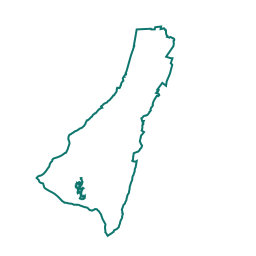 outline of Ciceu, Harghita, Romania, rotated 310°
{"feature_id": "2599482B51103948485004", "entity_name": "Ciceu", "entity_type": "district", "adm_level": 2, "iso_a3": "ROU", "parent_name": "Romania", "parent_adm1": "Harghita", "projection": "robinson", "projection_center": [25.684, 46.388], "detail": "fine", "context": "isolated", "style": "outline", "palette": "teal", "viewbox_px": 256, "rotation_deg": 310, "n_neighbors": 0, "source": "geoboundaries", "source_scale": "gbopen_adm2", "svg_char_len": 5596}
<svg xmlns="http://www.w3.org/2000/svg" viewBox="0 0 256 256"><g transform="rotate(310 128 128)"><path d="M223.9,106.9L224.1,106.9L224.6,107.1L225.3,106.8L225.9,106.1L225.9,105.4L225.7,104.7L225.4,104.5L225.4,103.8L225.0,102.0L224.2,101.6L223.8,101.6L223.5,100.5L222.9,99.4L223.6,99.3L224.0,98.8L223.8,98.4L224.2,97.2L226.1,95.2L227.1,94.4L227.0,94.1L227.4,93.4L227.0,93.1L227.5,91.5L226.2,90.4L226.0,90.5L224.7,89.4L227.0,88.1L222.7,84.1L220.7,85.1L218.5,82.5L218.7,82.3L218.8,81.8L209.1,71.3L194.5,79.8L194.7,80.1L185.3,83.7L170.5,90.4L168.8,90.8L168.3,91.8L167.8,92.0L167.6,91.4L165.7,91.8L165.2,91.7L164.9,92.3L164.6,91.9L164.0,91.8L162.4,92.3L162.0,93.2L161.2,94.1L160.2,93.8L159.8,94.0L159.1,93.9L157.7,94.2L156.5,94.9L156.2,95.2L155.7,95.0L153.8,95.9L153.5,95.7L153.0,95.7L152.0,93.9L151.3,94.0L151.0,94.2L150.9,94.5L149.6,95.0L149.2,95.5L148.6,95.8L147.3,96.0L145.5,96.0L144.6,96.3L144.0,96.3L143.4,95.8L141.4,96.0L139.8,96.0L139.5,95.9L137.9,96.0L135.5,95.4L134.2,95.5L131.7,94.3L130.7,94.0L128.7,93.9L127.5,93.5L127.2,93.5L126.9,95.2L125.4,94.3L124.6,94.2L124.0,93.8L120.8,93.7L119.0,93.8L117.9,93.2L117.6,93.3L115.6,92.7L113.7,93.1L112.4,92.7L111.1,92.7L108.3,92.3L108.0,92.0L107.2,91.9L107.2,91.7L105.4,92.0L104.1,92.6L101.7,93.0L100.9,92.9L98.4,92.5L96.7,91.5L93.7,90.7L92.1,90.0L91.7,89.6L90.1,89.1L89.8,89.2L87.1,88.2L86.6,88.3L85.3,87.5L83.4,87.9L81.3,89.2L79.5,92.2L78.3,93.3L75.4,94.4L73.4,95.3L71.3,95.9L70.4,96.0L69.5,96.4L68.7,96.2L68.4,95.8L67.8,95.6L66.1,95.3L63.9,94.6L60.9,93.2L57.0,90.7L55.7,90.4L55.1,90.4L54.2,91.1L53.3,91.1L52.6,90.9L50.0,91.3L49.3,91.8L47.5,92.5L45.7,92.5L42.0,92.9L38.7,92.8L37.5,92.5L35.5,91.8L34.5,90.9L33.4,90.3L32.1,90.1L31.0,90.1L30.8,92.9L29.9,94.5L29.8,95.9L30.0,96.8L30.6,97.7L30.9,98.7L29.0,101.5L28.6,102.4L28.5,103.6L29.1,107.6L30.1,112.1L30.4,114.5L30.4,118.4L29.8,124.5L29.7,124.6L30.1,126.9L29.9,127.3L31.4,129.3L31.8,130.6L33.7,133.4L34.1,134.3L34.4,135.8L35.7,137.3L36.2,138.2L36.7,138.5L37.4,139.7L38.0,141.6L39.2,144.8L39.6,145.9L40.2,146.7L40.7,148.0L40.8,149.1L40.5,151.1L40.6,151.6L41.0,152.1L41.4,153.4L43.5,154.5L44.7,154.8L45.7,156.3L45.7,156.7L45.4,157.6L45.6,158.8L44.5,162.7L41.9,167.1L39.8,172.5L38.9,173.3L37.9,173.6L36.5,174.8L34.2,177.3L33.6,177.6L33.1,179.7L32.5,181.0L32.4,181.8L33.1,181.8L34.2,182.3L37.5,183.3L38.4,183.4L39.0,183.7L40.6,183.1L43.3,184.3L45.9,184.7L48.4,183.6L49.5,183.3L50.5,182.7L51.8,182.1L55.7,181.1L56.0,180.9L56.6,180.2L58.5,179.5L59.2,179.0L59.2,178.3L59.4,178.3L61.2,176.3L61.4,175.8L66.3,174.0L67.9,174.2L70.1,173.4L71.2,173.3L72.1,172.9L73.5,172.0L74.8,171.6L75.7,170.9L76.3,170.7L78.9,170.4L79.6,169.9L82.8,168.1L83.7,167.4L84.6,166.8L85.7,166.6L86.4,166.1L88.7,165.2L90.5,164.8L93.4,162.9L94.4,162.5L95.5,162.4L97.5,161.5L98.7,161.2L101.3,159.4L102.8,159.1L108.3,155.9L107.8,155.7L107.4,155.8L106.1,154.0L106.0,153.6L105.5,152.6L105.6,152.3L106.8,152.1L107.8,151.6L109.3,150.4L109.9,150.2L112.0,148.8L112.4,148.6L116.8,151.1L118.9,151.0L119.7,150.7L120.5,150.9L121.9,150.8L123.6,150.1L123.9,148.7L124.3,147.6L124.8,147.2L125.2,145.8L125.7,145.4L129.1,143.8L129.1,143.6L129.3,143.5L131.0,142.8L131.7,143.0L135.2,142.9L134.8,140.1L135.4,140.0L137.7,138.7L139.0,137.4L141.0,137.2L141.5,136.4L141.0,136.3L141.4,136.0L142.3,136.0L143.5,135.6L143.0,135.1L143.0,134.6L142.5,134.3L144.0,132.0L145.2,132.4L146.9,132.3L148.0,132.8L148.6,133.4L149.4,133.7L149.5,134.1L150.6,134.5L153.2,134.4L153.7,134.3L154.2,134.0L154.8,134.1L155.0,134.3L155.8,134.2L156.3,134.1L156.5,133.5L157.1,133.1L158.7,132.6L159.6,132.8L161.5,132.5L161.7,131.9L163.0,131.1L165.3,130.3L168.5,129.7L171.0,129.4L171.3,129.5L171.7,130.2L171.7,130.6L173.1,130.9L173.7,130.1L173.8,129.7L173.5,128.5L172.9,127.0L175.1,127.0L175.3,127.5L176.7,127.1L176.3,126.5L176.1,125.8L184.6,125.3L184.8,130.0L188.5,127.7L196.3,125.3L204.2,121.6L205.0,121.1L205.0,119.2L210.0,117.2L209.5,116.6L208.5,114.9L207.1,111.4L219.8,110.2L221.8,109.1L223.9,106.9ZM57.5,127.8L54.7,129.0L54.0,128.9L54.0,128.7L53.7,128.8L53.8,128.6L54.1,128.6L54.0,127.9L53.2,127.7L53.2,128.4L53.5,128.5L53.2,128.5L53.2,128.8L53.1,127.7L52.9,127.7L52.9,128.3L51.8,128.9L51.3,128.5L50.9,129.0L50.2,130.3L50.6,130.4L51.0,130.9L51.3,131.6L51.6,131.3L52.0,131.6L52.5,131.7L52.0,132.2L53.1,132.6L54.0,133.2L52.0,132.3L51.8,132.3L51.9,132.2L51.1,131.8L51.0,132.0L51.4,132.2L50.6,133.0L50.3,132.7L49.9,132.8L49.6,132.6L48.2,132.8L48.3,133.2L47.9,133.1L48.0,133.6L48.3,133.6L48.2,133.9L47.4,133.9L47.1,135.2L45.9,136.4L46.0,137.0L46.3,137.4L47.5,137.6L47.5,138.6L48.2,138.6L47.6,139.2L46.4,139.9L45.8,139.8L45.7,139.7L45.5,139.2L44.9,139.0L44.6,139.2L43.5,138.0L43.4,136.9L43.1,136.7L43.1,136.3L45.6,135.8L46.3,134.7L47.2,134.6L47.3,133.1L47.7,132.4L46.6,131.7L45.7,131.5L45.8,131.3L46.1,130.9L46.6,131.1L46.8,130.9L47.2,131.0L47.2,130.9L47.4,130.9L47.1,130.3L47.4,130.2L47.5,130.3L47.4,130.2L47.7,130.0L48.0,129.9L48.1,130.0L48.2,129.9L48.5,129.2L49.2,128.3L49.4,127.7L49.6,127.6L49.3,127.4L49.4,127.0L49.8,126.8L49.8,126.1L49.5,126.3L49.2,126.2L49.4,125.7L49.9,125.4L49.9,125.2L50.0,125.4L50.5,124.8L51.0,125.0L50.9,125.3L51.8,125.0L51.9,124.9L51.5,124.8L52.2,124.7L52.3,124.4L52.5,124.5L53.0,124.2L53.0,124.4L53.3,124.5L53.3,124.9L53.7,125.0L54.1,125.8L56.1,125.0L55.1,125.5L54.8,125.7L54.8,125.9L54.0,126.0L53.9,126.1L53.6,125.9L53.4,126.2L53.8,126.6L54.7,126.8L54.8,127.2L55.7,127.2L55.7,127.8L54.6,127.7L54.5,127.9L54.9,128.0L54.8,128.4L55.0,128.8L57.4,127.7L57.7,127.4L57.9,126.6L58.6,125.9L58.7,125.3L59.3,124.6L58.9,124.4L59.3,124.0L59.7,124.5L59.3,124.7L58.7,125.3L58.6,125.9L57.9,126.6L57.7,127.4L57.5,127.8Z" fill="none" stroke="#0f766e" stroke-width="2"/></g></svg>